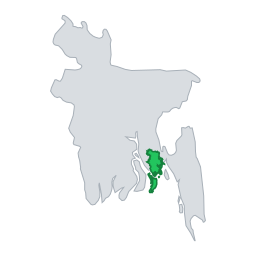 Noakhali, Chittagong, Bangladesh (highlighted)
{"feature_id": "16705992B96773862439533", "entity_name": "Noakhali", "entity_type": "district", "adm_level": 2, "iso_a3": "BGD", "parent_name": "Bangladesh", "parent_adm1": "Chittagong", "projection": "robinson", "projection_center": [91.099, 22.578], "detail": "fine", "context": "in_parent", "style": "filled", "palette": "green", "viewbox_px": 256, "rotation_deg": 0, "n_neighbors": 0, "source": "geoboundaries", "source_scale": "gbopen_adm2", "svg_char_len": 9084}
<svg xmlns="http://www.w3.org/2000/svg" viewBox="0 0 256 256"><path d="M84.7,189.9L84.7,182.8L80.4,168.9L80.6,167.4L79.7,160.6L78.6,156.9L78.1,153.0L80.7,147.3L79.7,146.3L73.9,144.6L73.2,143.1L74.5,137.5L70.3,132.2L68.7,128.3L73.2,115.5L74.4,106.6L74.0,104.9L71.3,102.9L66.5,102.1L63.1,100.4L61.1,97.9L59.4,96.9L57.3,97.6L54.7,96.6L52.5,94.1L50.6,91.1L51.4,87.8L54.9,79.9L56.2,79.7L59.2,81.2L60.4,81.2L62.4,78.1L65.2,69.3L75.0,70.0L77.3,69.7L79.8,69.0L81.1,67.9L81.8,66.5L81.6,65.3L78.6,63.6L77.4,62.4L76.6,58.8L75.8,57.5L69.9,57.3L66.9,55.7L65.2,54.2L62.2,49.4L58.6,45.8L55.1,45.0L53.7,43.8L53.0,42.0L53.4,39.3L55.2,34.2L65.0,23.2L65.2,22.0L64.9,20.6L62.0,18.8L61.9,18.0L62.7,15.6L64.3,15.4L67.6,17.5L71.0,20.8L73.0,23.9L73.0,26.3L75.7,26.7L77.9,27.8L80.2,27.5L81.6,28.1L82.6,27.9L83.0,26.5L81.1,23.0L82.1,21.6L84.3,21.6L85.9,22.9L87.0,25.6L87.2,29.8L89.8,33.5L93.2,36.2L95.9,37.4L99.2,38.3L102.0,37.4L103.3,34.8L102.7,32.5L103.2,30.4L104.3,29.2L106.0,29.3L107.3,31.0L111.1,39.9L110.3,43.9L111.1,54.8L110.1,62.0L110.7,64.7L111.3,65.2L117.0,66.5L125.3,69.4L131.6,70.5L160.2,69.7L166.4,71.1L185.5,70.0L190.7,72.3L196.4,76.0L199.6,78.8L200.1,80.4L199.8,81.7L198.7,82.5L196.8,82.5L192.3,80.7L191.5,81.2L191.5,85.5L187.8,96.3L187.3,99.7L186.1,101.0L182.3,101.7L179.8,108.0L178.8,108.7L176.3,107.4L174.7,107.6L172.8,108.2L170.9,109.6L169.5,111.4L168.0,112.0L162.7,111.9L161.7,114.8L158.2,118.7L155.8,128.8L155.9,131.9L158.9,140.0L161.0,150.5L161.8,151.5L162.8,151.6L162.8,146.8L163.8,146.2L165.0,146.7L167.6,153.2L169.0,154.9L171.2,155.3L173.7,154.3L175.6,152.5L176.4,150.4L175.7,143.3L176.9,140.5L181.2,136.2L181.9,134.9L181.6,127.8L183.2,127.6L185.4,128.1L188.2,126.4L189.1,126.4L190.2,128.2L192.2,127.9L195.2,141.9L195.5,151.8L196.2,157.3L197.2,158.5L200.5,166.8L203.7,195.8L204.1,214.3L205.4,220.5L204.3,221.9L203.3,222.2L202.3,220.0L195.2,215.3L193.5,215.8L191.1,218.5L190.1,221.1L190.6,224.6L191.3,228.1L193.0,230.1L193.2,232.3L195.1,240.6L194.5,240.6L190.7,233.1L186.0,225.7L184.4,212.4L184.3,205.8L181.1,198.1L178.1,184.6L179.4,179.8L177.2,181.9L173.7,173.8L168.2,165.9L166.6,162.4L166.5,159.0L164.1,162.4L160.9,164.9L157.6,168.5L155.5,169.6L148.5,170.2L144.5,165.4L138.8,153.5L138.1,150.9L138.8,143.9L137.5,137.3L137.1,131.5L136.0,132.0L135.6,133.6L135.9,136.1L135.4,138.1L125.8,136.8L129.9,140.2L134.3,141.0L136.6,144.2L136.8,149.3L132.4,152.4L132.8,155.1L135.3,158.2L132.3,159.1L131.4,161.2L131.4,164.2L133.5,168.8L133.1,170.6L136.8,176.5L137.4,179.4L136.5,183.4L128.7,191.6L126.4,197.4L124.4,200.1L122.0,200.6L119.1,197.9L119.0,195.1L119.6,192.8L123.7,187.4L121.5,188.1L115.1,192.6L113.9,189.0L113.1,185.6L113.1,181.5L116.2,175.3L112.7,178.4L111.8,182.2L112.2,186.8L111.7,190.0L110.3,194.1L108.5,196.7L105.5,198.3L104.1,200.7L102.1,202.6L101.4,194.1L99.3,182.8L98.8,185.2L99.9,192.3L99.8,196.8L98.2,200.5L94.9,204.4L92.3,204.9L90.9,204.3L86.1,198.5L85.7,192.9L84.7,189.9ZM142.9,190.0L137.0,191.4L134.0,191.0L139.6,180.7L139.4,176.2L138.6,172.4L135.7,169.4L135.6,167.3L134.3,164.4L133.6,161.0L136.8,159.9L139.3,161.8L140.2,165.7L141.5,168.6L145.9,174.6L145.8,178.3L144.6,187.3L142.9,190.0ZM155.4,186.7L151.9,189.4L153.0,173.3L155.7,179.3L156.4,182.5L155.4,186.7ZM169.1,178.6L167.5,179.8L166.1,178.8L164.2,175.0L165.1,170.2L165.7,169.5L168.0,174.4L169.1,178.6ZM182.4,212.7L180.3,212.9L179.3,211.7L179.8,210.1L179.2,204.9L181.8,204.3L182.8,208.7L182.4,212.7ZM180.1,198.0L178.6,203.2L178.0,200.9L179.0,196.3L180.1,198.0ZM138.3,156.0L138.9,157.7L135.7,155.5L134.8,154.0L136.2,153.2L138.3,156.0Z" fill="#d9dde1" stroke="#a8b0b8" stroke-width="1"/><path d="M149.1,149.4L148.9,149.5L148.8,150.1L148.6,150.2L148.6,150.4L148.4,150.6L148.6,151.0L148.3,151.3L148.0,151.0L148.0,151.4L147.8,151.5L147.7,151.4L147.6,151.5L147.4,151.4L147.6,151.8L147.6,152.0L147.4,152.0L147.2,151.7L147.0,151.8L147.0,152.1L147.4,152.3L147.3,152.5L147.5,152.8L147.6,152.7L147.6,152.9L147.2,152.9L147.2,153.2L146.9,153.0L146.6,153.5L146.8,153.7L146.8,154.0L147.2,154.0L147.7,154.0L147.6,154.3L147.9,154.3L147.9,154.6L148.1,154.7L148.1,155.1L148.5,154.9L148.5,154.6L148.7,154.8L148.8,154.8L148.7,155.0L149.0,155.0L149.2,155.3L149.4,155.3L149.5,155.1L149.6,155.3L149.9,155.6L150.0,155.4L150.3,155.4L150.2,155.7L150.3,155.9L150.2,156.0L150.4,156.1L150.3,156.3L150.4,156.5L150.0,156.9L150.1,157.2L150.0,157.5L149.7,157.8L149.9,157.8L149.8,158.0L150.1,158.3L149.7,158.7L149.9,159.3L149.6,159.4L149.3,159.8L149.2,159.7L148.9,159.9L149.0,159.8L148.9,159.8L148.9,160.0L148.4,159.9L148.3,160.1L148.5,160.4L148.4,160.8L148.5,160.9L148.4,160.9L148.3,161.2L148.1,161.2L147.9,161.8L147.4,161.7L146.7,161.9L147.1,162.3L147.5,162.4L148.7,163.2L149.7,164.1L149.7,165.6L150.7,166.0L150.9,167.0L150.4,167.6L150.0,168.6L150.5,169.2L150.8,169.9L151.0,171.4L151.8,172.1L152.3,172.7L153.0,174.3L153.4,173.2L154.0,172.8L154.2,172.5L154.7,172.3L154.9,171.8L155.0,171.8L154.7,172.4L154.3,172.5L154.0,172.9L153.5,173.2L153.1,174.6L153.5,175.3L153.8,175.7L154.5,176.1L155.0,176.2L155.8,175.7L155.9,175.2L155.9,174.8L156.9,174.0L157.1,173.6L156.8,173.2L156.1,173.2L155.7,173.5L155.8,174.0L154.6,174.6L154.2,174.5L154.5,174.2L155.5,174.0L155.6,173.4L155.4,172.4L155.6,172.5L155.6,173.0L155.8,173.2L156.5,173.0L157.4,173.1L157.6,172.8L158.1,173.0L158.4,172.1L158.5,172.2L158.8,171.7L159.1,171.1L159.1,170.7L159.2,170.8L160.1,169.4L159.9,169.1L159.6,169.1L159.7,168.9L159.2,168.7L159.8,168.9L159.8,168.1L159.2,166.9L158.7,167.0L158.7,166.6L158.2,166.0L157.9,165.9L157.5,166.1L157.2,165.3L156.9,164.9L157.3,165.2L157.5,165.7L158.1,165.7L158.0,165.4L159.1,166.3L159.2,166.1L159.3,166.1L159.5,165.9L159.9,165.0L160.4,164.5L161.3,164.2L162.8,164.2L163.3,164.0L163.3,163.7L162.6,163.5L162.0,163.0L161.5,162.9L161.4,162.4L160.8,161.8L160.9,161.5L161.5,161.6L161.3,161.3L161.3,160.9L160.9,160.8L160.8,160.6L161.4,160.4L161.4,160.2L161.5,160.4L161.5,160.6L161.8,160.0L162.1,160.3L162.1,160.1L162.2,159.8L161.7,159.9L161.9,159.3L161.6,159.4L161.4,159.1L161.7,159.0L162.0,159.2L161.9,158.6L162.2,158.7L161.9,158.2L161.8,157.9L161.8,158.1L161.5,158.1L161.4,158.1L161.2,158.3L160.9,158.4L160.7,158.2L160.7,158.4L160.4,158.7L160.1,158.7L159.7,158.5L159.4,158.8L159.3,159.2L159.1,159.1L159.1,158.8L158.7,158.7L158.7,158.2L158.9,158.3L159.1,158.0L159.1,157.5L159.2,156.6L159.1,156.1L158.9,156.1L159.0,155.9L159.0,155.6L159.1,154.1L159.3,153.7L159.0,153.3L159.2,153.2L159.1,152.4L158.3,152.2L158.0,152.0L157.9,151.9L157.9,152.3L157.7,152.2L157.6,151.9L157.2,151.9L157.2,152.1L156.6,152.2L156.4,151.9L156.2,151.8L156.0,151.6L155.8,151.4L155.7,151.3L155.1,151.4L155.1,151.6L154.6,151.5L154.2,151.6L153.0,151.7L152.5,151.5L152.1,151.3L151.8,151.0L151.6,150.1L151.3,150.2L151.3,150.4L151.1,150.4L151.0,150.1L150.8,150.0L150.4,150.1L150.3,149.9L149.8,149.9L149.9,149.6L149.7,149.3L149.2,149.5L149.1,149.4ZM155.1,179.0L154.8,178.6L153.7,178.2L152.7,177.6L152.9,179.3L152.7,179.5L152.6,179.8L152.4,179.9L152.7,180.3L152.6,180.7L152.7,182.0L152.7,184.1L152.2,186.1L151.6,187.3L151.4,187.9L150.6,188.8L150.5,189.1L150.6,189.3L150.9,189.6L152.1,190.2L152.3,190.4L153.1,189.8L154.2,188.5L154.5,188.4L154.9,188.4L155.0,187.8L155.2,187.5L155.5,187.4L155.6,187.1L155.9,186.9L156.1,186.1L156.7,184.4L156.8,183.9L156.7,183.5L156.8,182.6L156.6,182.0L156.8,180.8L156.6,179.3L156.3,178.6L155.8,178.7L155.3,179.0L155.1,179.0ZM161.8,173.0L161.6,172.8L161.8,172.8L161.6,171.7L160.8,170.0L160.0,171.1L159.6,171.9L159.5,172.1L159.4,172.6L159.3,173.2L159.9,174.0L160.2,174.6L160.6,174.5L160.6,174.3L161.1,174.1L161.0,173.9L160.8,173.7L161.0,173.7L161.3,174.0L161.5,173.7L161.4,173.3L161.5,173.4L161.5,173.2L161.7,173.4L161.8,173.3L161.8,173.0ZM150.8,179.5L151.4,178.8L151.6,177.8L151.8,177.3L151.9,176.5L151.5,175.9L150.9,175.6L150.3,175.5L149.9,175.8L150.0,176.7L150.5,179.1L150.8,179.5ZM151.4,190.2L150.4,189.6L149.6,190.3L149.5,190.7L149.4,191.5L149.7,192.4L150.1,192.6L151.1,191.8L150.9,192.1L151.0,192.2L151.3,191.9L151.5,192.0L152.0,190.6L151.8,190.3L151.4,190.2ZM161.7,165.0L160.7,165.2L160.2,165.6L160.0,165.8L160.0,166.2L160.3,167.3L160.6,167.7L161.1,168.2L161.6,167.5L161.9,166.8L162.1,165.6L161.7,165.0ZM150.9,184.1L151.3,182.9L151.6,181.0L151.0,180.6L151.2,181.2L151.0,181.7L151.0,182.5L150.8,183.1L150.9,184.1ZM151.6,180.3L152.0,180.2L152.2,179.9L151.7,178.9L151.0,179.8L151.1,180.0L151.6,180.3ZM153.1,191.4L153.2,191.2L152.8,191.0L152.0,191.4L152.0,191.6L152.2,191.4L152.3,191.5L152.2,192.0L152.3,192.3L153.1,191.4ZM148.1,174.3L149.6,173.9L149.8,173.7L149.6,173.2L148.1,174.1L148.1,174.3ZM149.3,176.8L149.3,175.9L149.6,175.4L149.4,175.2L149.1,175.2L148.7,175.4L149.3,176.8ZM162.0,162.8L162.6,163.2L163.0,162.9L162.9,162.5L162.7,162.3L162.0,162.8ZM159.0,177.5L159.2,177.3L159.3,177.0L159.0,176.5L158.8,176.6L158.6,176.9L158.8,177.5L159.0,177.5ZM150.9,186.7L151.0,186.8L151.2,186.6L151.4,185.7L151.0,186.1L150.9,186.7ZM152.2,179.5L152.3,179.1L152.1,178.5L151.8,178.7L151.8,178.9L152.0,179.4L152.2,179.5ZM164.1,163.7L164.2,164.1L164.6,164.3L164.6,164.0L164.1,163.7ZM150.0,178.3L149.7,177.3L149.4,177.1L149.6,177.5L150.0,178.3ZM159.7,176.3L159.7,176.1L159.7,176.3ZM163.0,162.9L162.9,163.1L163.1,163.1L163.0,162.9Z" fill="#22c55e" stroke="#15803d" stroke-width="1.5"/></svg>